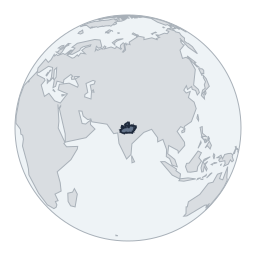 globe centered on Madhya Pradesh
{"feature_id": "IND-3261", "entity_name": "Madhya Pradesh", "entity_type": "State", "adm_level": 1, "iso_a3": "IND", "parent_name": "India", "parent_adm1": "", "projection": "orthographic", "projection_center": [78.282, 23.967], "detail": "fine", "context": "on_globe", "style": "filled", "palette": "slate", "viewbox_px": 256, "rotation_deg": 0, "n_neighbors": 0, "source": "natural_earth", "source_scale": "10m", "svg_char_len": 13879}
<svg xmlns="http://www.w3.org/2000/svg" viewBox="0 0 256 256"><circle cx="128" cy="128" r="113" fill="#eef3f6" stroke="#a8b0b8"/><path d="M164.2,21.3L167.0,22.4L172.2,24.5L168.8,23.3L180.7,28.6L186.5,32.2L178.1,27.4L175.8,26.4L178.8,28.3L177.2,27.7L177.7,28.4L175.4,27.7L170.7,25.3L169.2,24.9L171.4,26.3L170.5,26.7L167.5,24.6L165.7,25.2L157.4,22.1L151.1,18.4L144.7,17.3L133.4,15.5L132.6,15.6L127.8,15.4L125.1,15.5L123.8,15.5L122.8,15.7L124.5,15.7L124.6,15.9L123.2,16.1L121.2,15.9L121.7,15.8L120.4,15.9L120.0,15.8L119.4,15.9L117.2,15.9L117.2,16.2L113.6,16.5L112.8,16.5L115.7,16.1L116.8,15.9L124.8,15.4L132.8,15.5L140.8,16.1L148.7,17.3L156.5,19.0L164.2,21.3ZM176.4,26.4L174.5,25.5L176.9,26.6L176.4,26.4ZM178.2,28.6L179.2,29.2L179.0,29.3L178.2,28.6ZM175.4,28.5L174.8,28.8L174.6,28.0L175.4,28.5ZM115.4,16.1L112.9,16.4L115.4,16.1ZM173.9,28.7L172.4,29.7L174.6,30.8L167.6,28.6L171.1,28.2L170.6,27.1L172.2,28.1L173.9,28.7ZM125.7,15.7L123.8,15.6L126.7,15.6L125.7,15.7ZM127.5,15.6L136.3,15.8L138.4,16.2L135.0,15.9L138.8,16.6L135.5,16.6L132.7,16.3L132.0,16.0L131.3,16.3L127.5,15.6ZM163.9,27.4L162.9,27.4L163.1,26.9L163.9,27.4ZM124.9,16.0L126.5,15.9L128.4,16.2L125.6,16.4L125.9,16.2L124.9,16.0ZM141.4,16.8L142.4,17.2L140.0,17.3L140.0,17.5L135.6,16.7L141.4,16.8ZM124.7,16.2L124.1,16.6L121.9,16.7L123.5,16.1L124.7,16.2ZM130.1,16.2L130.9,16.4L129.6,16.3L130.1,16.2ZM113.7,17.5L115.6,17.1L116.7,17.2L113.7,17.5ZM124.1,16.7L124.8,16.7L125.5,16.8L124.7,17.0L124.1,16.7ZM134.2,16.9L133.0,17.0L135.9,17.3L134.2,17.5L131.6,17.0L132.0,17.3L131.5,17.4L130.0,16.9L134.2,16.9ZM125.8,17.5L121.9,17.2L118.2,17.7L117.1,17.6L123.2,16.8L125.8,17.5ZM128.4,17.2L126.5,17.3L126.1,17.0L127.0,16.7L128.4,17.2ZM134.0,18.0L137.3,17.7L137.7,17.8L134.0,18.0ZM124.8,17.7L125.8,17.8L124.6,17.8L124.8,17.7ZM131.3,17.9L132.4,17.7L132.9,17.9L131.3,17.9ZM126.8,18.2L125.6,18.0L126.2,17.8L126.8,18.2ZM129.0,18.1L129.4,18.4L127.2,17.8L129.4,18.0L129.0,18.1ZM131.6,18.1L132.3,18.1L131.1,18.1L131.6,18.1ZM125.2,19.4L122.3,18.7L123.6,18.1L126.3,18.8L125.2,19.4ZM16.2,115.7L19.6,97.3L21.3,92.7L23.9,85.7L37.1,71.6L37.2,74.9L44.5,78.7L45.0,80.4L41.2,85.0L44.4,96.4L48.9,93.3L54.6,100.8L60.3,103.0L67.4,93.8L58.1,89.8L59.4,84.3L69.1,83.2L77.6,87.2L78.3,85.2L75.3,79.0L79.7,76.5L74.6,76.6L74.9,79.1L71.7,79.4L71.2,77.2L72.8,76.3L70.9,74.5L63.9,79.7L63.4,82.8L57.0,81.2L55.6,86.3L53.0,87.6L54.4,79.5L56.1,77.2L56.7,67.7L54.3,69.9L53.6,79.2L52.7,77.9L49.5,81.5L51.3,77.7L52.6,67.5L48.5,66.3L38.9,72.6L37.4,71.7L38.0,68.0L45.7,59.1L48.3,62.4L51.1,59.7L54.2,54.4L54.7,56.0L56.3,54.4L57.7,55.6L63.1,53.5L65.0,54.5L70.6,50.2L72.4,50.2L68.5,52.7L66.9,55.1L72.1,58.1L74.1,57.7L77.3,54.8L78.3,56.2L80.8,53.1L85.4,53.8L81.8,50.4L85.5,47.5L90.2,46.3L90.8,44.8L83.1,46.8L80.7,48.3L79.6,50.4L72.3,54.4L69.8,54.2L75.0,48.1L72.0,47.3L77.3,43.3L94.7,39.5L100.1,40.0L101.9,46.9L98.6,48.2L96.4,46.3L95.3,50.8L96.9,49.1L97.7,50.4L101.5,48.4L102.2,49.2L104.5,45.9L105.9,46.8L104.4,48.9L111.1,47.0L114.9,48.5L116.0,47.7L116.2,46.4L120.9,49.3L121.5,48.6L120.2,47.4L120.6,45.2L123.2,42.8L124.7,43.9L124.0,44.9L124.7,49.1L122.5,52.0L123.4,52.2L125.6,50.0L124.8,44.9L125.9,43.1L126.8,45.4L126.5,44.4L127.6,43.9L130.0,44.6L129.2,42.1L138.5,36.2L144.1,37.3L143.9,39.6L151.9,37.8L157.6,39.9L156.4,38.6L159.5,37.3L157.7,36.6L157.4,35.9L164.4,33.2L167.2,33.7L168.9,31.7L168.3,31.2L166.3,30.6L167.6,28.6L174.6,30.8L175.7,31.9L179.4,32.8L181.2,35.4L184.5,38.1L184.3,40.9L186.9,43.1L188.1,43.3L192.5,46.7L197.4,53.7L188.3,47.3L179.8,38.1L182.8,41.6L180.6,40.7L180.8,42.0L183.0,44.7L184.2,45.0L180.0,50.1L182.5,58.4L186.0,57.3L189.5,59.3L195.3,69.4L193.6,85.1L198.3,89.3L199.4,92.5L197.3,95.0L195.6,90.4L192.2,89.3L191.6,86.5L187.5,89.5L186.4,85.7L183.8,90.2L186.2,93.0L190.2,91.5L188.4,97.5L194.1,102.1L196.2,108.6L191.4,121.6L184.4,126.4L184.2,128.5L180.7,126.6L177.1,131.4L184.5,142.2L184.7,145.6L178.3,153.0L178.0,150.5L168.7,145.5L167.7,153.7L174.8,159.5L177.3,166.8L172.2,165.1L169.6,158.6L166.3,156.6L166.6,149.6L162.9,139.4L157.7,141.9L157.6,137.6L151.6,129.3L143.8,132.4L131.9,143.8L131.0,154.5L126.6,159.0L119.0,143.5L117.7,132.9L113.7,133.7L107.0,124.2L91.8,121.8L90.8,118.9L87.7,119.6L83.2,116.0L82.0,111.2L78.8,110.8L82.1,123.5L85.7,124.0L90.3,120.3L90.5,124.6L95.0,129.1L86.0,137.7L65.3,142.1L65.2,133.9L59.4,108.8L60.6,106.6L60.7,106.3L60.7,105.7L58.2,109.2L57.9,104.4L58.9,121.3L58.2,128.0L65.0,142.5L63.9,143.5L66.6,146.8L77.7,146.4L77.3,149.0L70.9,159.7L57.2,171.8L60.2,182.7L61.1,191.1L55.0,194.1L58.1,200.7L55.4,201.5L56.9,204.9L56.1,207.3L53.9,208.6L47.3,204.8L44.9,201.5L38.6,193.3L28.9,174.9L28.4,168.6L27.0,162.4L22.5,146.0L23.4,139.2L22.7,135.2L20.9,134.2L20.4,129.3L19.6,128.1L15.9,123.2L16.2,115.7ZM29.5,80.5L28.4,82.4L29.5,80.5ZM84.6,96.9L91.0,99.0L91.5,91.9L94.0,92.2L93.3,89.8L91.5,91.4L90.2,85.1L94.2,84.0L95.2,81.2L93.0,80.4L86.0,83.5L87.8,92.4L84.9,94.5L84.6,96.9ZM63.8,45.4L63.0,46.9L60.8,48.4L58.4,48.0L61.6,45.8L63.8,45.4ZM62.5,48.8L68.3,43.4L70.0,43.7L68.1,44.4L68.7,45.2L65.7,46.5L61.7,52.5L59.4,54.2L56.2,52.0L58.5,51.7L59.1,50.1L62.5,48.8ZM80.1,31.7L82.6,30.1L83.1,32.8L80.6,34.0L78.1,33.4L79.5,31.7L80.1,31.7ZM108.7,17.2L109.7,17.0L110.2,17.0L109.8,17.1L108.7,17.2ZM114.5,17.3L105.2,18.4L105.8,18.1L99.6,19.6L98.8,19.4L102.8,18.5L97.6,19.6L100.9,18.7L97.2,19.7L106.2,17.5L109.0,17.0L106.2,17.6L106.9,17.6L108.0,17.5L113.2,16.9L119.5,16.1L121.1,16.3L120.7,16.7L119.4,16.9L118.7,16.6L117.5,17.1L115.6,16.9L114.5,17.3ZM113.9,25.0L113.7,23.9L110.9,26.2L109.0,25.5L108.8,25.8L106.2,25.8L102.8,26.5L102.3,26.0L101.2,26.5L99.5,26.7L97.8,27.3L96.3,26.7L94.1,27.4L94.7,26.8L91.3,28.2L93.2,26.9L91.1,27.2L90.4,28.3L86.7,25.4L83.7,25.7L80.2,26.8L83.9,24.8L89.6,22.7L95.7,21.2L98.0,21.4L99.3,20.7L100.8,20.6L99.2,21.2L102.5,20.3L103.3,20.5L108.7,20.0L113.1,18.9L115.2,18.8L113.9,19.4L116.9,19.0L115.8,20.0L117.3,20.1L117.7,21.3L114.3,22.6L116.2,22.6L116.6,23.7L113.9,25.0ZM125.2,19.7L121.6,21.1L118.7,21.4L119.2,19.2L118.1,19.0L118.3,17.9L122.4,17.5L122.0,17.8L122.5,18.0L121.0,18.0L122.6,18.2L122.0,18.7L123.1,19.1L121.7,19.4L125.2,19.7ZM47.2,79.3L47.9,80.1L49.3,80.8L47.3,83.2L47.2,79.3ZM48.0,72.3L48.9,72.5L46.7,75.9L46.0,75.2L48.0,72.3ZM51.2,69.8L49.1,72.2L49.8,70.5L51.2,69.8ZM69.5,52.8L70.7,53.0L70.1,53.7L68.6,54.5L69.5,52.8ZM105.5,32.8L105.8,31.9L106.6,31.7L109.3,29.8L110.9,30.4L110.0,31.8L105.5,32.8ZM64.8,94.8L62.1,96.1L61.7,94.8L62.7,94.6L64.8,94.8ZM53.5,89.5L55.2,92.0L52.9,90.1L53.5,89.5ZM107.8,33.1L108.7,32.2L108.9,33.1L107.8,33.1ZM112.3,30.8L112.9,31.6L111.4,30.3L112.3,30.8ZM115.9,235.1L117.9,235.8L115.9,235.7L115.9,235.1ZM77.3,194.1L75.1,206.9L70.6,205.8L68.1,201.4L67.8,193.2L72.6,192.1L74.4,188.6L77.3,194.1ZM200.4,179.3L202.9,179.0L202.8,179.5L200.4,179.3ZM197.8,178.4L200.8,177.8L197.2,179.5L197.8,178.4ZM202.0,177.6L205.0,175.8L206.3,174.7L206.0,175.8L202.0,177.6ZM195.7,178.9L183.8,181.2L178.9,180.7L180.2,178.8L188.1,177.9L195.7,178.9ZM179.8,178.9L172.2,175.1L160.8,161.7L164.9,161.6L176.6,169.1L175.9,170.7L180.5,173.9L179.8,178.9ZM197.8,166.6L197.0,171.2L190.5,172.2L187.5,172.0L185.5,166.6L186.6,163.4L189.1,163.1L198.1,151.0L201.4,152.7L198.8,157.7L201.5,161.1L197.8,166.6ZM131.6,155.5L134.6,161.8L132.0,162.8L131.6,155.5ZM201.2,142.9L198.0,148.3L200.8,141.4L201.2,142.9ZM202.6,136.7L203.1,139.0L201.4,137.1L202.6,136.7ZM184.6,131.8L182.0,132.8L181.7,131.1L184.9,128.9L184.6,131.8ZM197.7,114.2L198.7,119.0L198.5,120.8L196.9,118.1L197.7,114.2ZM123.3,38.7L117.7,40.6L114.7,42.7L114.8,45.0L112.3,42.7L116.8,39.4L123.3,38.7ZM136.5,36.3L136.4,34.6L138.0,35.0L138.3,35.5L136.5,36.3ZM135.3,35.5L132.2,34.0L133.2,32.9L135.5,34.2L135.3,35.5ZM119.8,33.0L118.0,33.5L117.9,32.7L119.8,33.0ZM205.5,209.7L206.3,209.0L206.8,208.5L205.5,209.7ZM210.4,204.8L209.1,206.1L209.7,205.5L207.8,207.4L206.6,208.1L208.4,205.1L206.5,206.9L209.5,203.4L206.1,206.9L206.6,205.0L204.8,205.2L186.9,215.9L183.7,216.2L186.0,213.6L186.1,206.9L187.3,206.8L188.4,201.8L199.8,194.4L208.4,183.3L213.0,182.2L217.5,174.2L221.7,172.7L219.5,178.6L222.7,179.8L227.7,166.6L226.8,177.6L227.3,180.0L224.1,186.7L219.9,193.2L210.4,204.8ZM237.9,152.5L238.1,151.6L238.1,151.9L237.9,152.5ZM206.6,178.0L210.4,173.6L212.2,172.7L206.6,178.0ZM238.0,151.5L237.8,152.0L237.9,151.3L238.0,151.5ZM238.3,149.9L238.4,149.0L238.2,150.8L238.3,149.9ZM238.1,148.9L238.2,149.9L238.0,149.2L238.1,148.9ZM237.8,149.6L237.5,149.4L237.6,149.1L237.8,149.6ZM232.2,156.6L233.5,160.5L232.0,161.8L230.4,159.8L228.2,164.2L223.8,166.1L225.1,163.5L224.8,160.7L219.7,161.8L218.7,160.1L220.7,157.9L217.0,157.7L221.0,155.2L222.5,158.8L224.7,154.5L228.0,153.6L230.9,153.3L232.8,154.9L232.2,156.6ZM220.7,164.6L221.3,164.3L220.6,165.8L220.7,164.6ZM237.0,148.1L237.4,149.4L237.2,150.0L237.0,148.1ZM233.3,153.8L235.6,148.6L236.0,148.3L234.5,153.4L233.3,153.8ZM235.2,146.8L236.1,146.4L236.4,148.0L236.2,148.7L235.2,146.8ZM212.5,163.8L212.3,165.0L211.2,164.4L212.5,163.8ZM214.0,162.6L217.2,162.7L213.7,163.7L214.0,162.6ZM203.2,161.6L204.3,164.2L207.7,161.4L205.1,164.7L207.2,168.7L206.4,170.7L204.3,166.3L203.2,171.7L201.7,172.0L201.0,167.8L202.7,162.0L204.2,159.3L210.3,156.7L203.2,161.6ZM214.0,159.1L213.1,156.1L213.8,153.7L214.8,155.1L214.0,159.1ZM210.1,149.0L207.4,145.8L205.1,148.0L209.4,141.2L211.4,145.3L210.1,149.0ZM207.3,141.1L205.3,143.0L207.2,139.2L207.3,141.1ZM204.6,141.9L204.0,139.2L205.8,139.1L204.6,141.9ZM208.5,140.9L208.3,136.2L209.5,138.6L208.5,140.9ZM202.5,133.3L206.8,136.8L201.7,136.2L200.1,127.4L202.2,126.6L202.5,133.3ZM205.4,94.6L204.1,92.3L205.6,91.2L206.1,93.1L205.4,94.6ZM209.3,86.3L205.6,90.2L202.4,93.6L204.0,94.4L204.5,98.9L201.3,95.5L202.6,90.1L205.2,88.3L204.3,84.7L205.5,81.7L203.3,77.6L203.4,75.5L206.2,78.7L209.3,86.3ZM202.2,75.9L198.7,68.7L202.1,68.8L203.7,70.3L203.8,73.6L202.0,73.3L202.2,75.9ZM198.9,67.1L197.1,66.9L188.2,57.7L187.2,55.9L195.7,62.4L194.5,62.6L196.1,65.0L198.9,67.1ZM163.9,27.9L163.0,27.4L164.2,27.7L163.9,27.9ZM156.4,35.6L156.1,34.8L157.6,35.0L156.4,35.6ZM156.2,32.6L154.7,32.9L155.6,32.1L156.2,32.6ZM151.5,33.8L153.8,32.8L152.5,34.5L151.5,33.8Z" fill="#d9dde1" stroke="#a8b0b8" stroke-width="1"/><path d="M128.1,122.3L128.5,122.5L128.8,122.4L128.8,122.5L129.0,122.6L129.2,122.8L129.3,123.1L129.3,123.3L129.2,123.5L129.2,123.8L128.9,124.3L128.8,124.5L128.5,124.8L128.2,124.9L128.1,125.1L127.9,125.2L128.2,125.6L128.1,126.0L127.8,126.2L127.9,126.4L128.0,126.7L127.9,126.9L128.0,127.0L128.1,127.3L128.3,127.3L128.3,127.1L128.7,127.4L128.8,127.4L128.9,127.5L129.2,127.1L129.1,126.9L129.1,126.7L128.8,126.7L128.8,126.3L128.7,126.1L128.6,125.8L128.5,125.6L128.4,125.4L128.5,125.2L128.8,125.3L128.8,125.1L128.9,124.9L128.9,125.1L129.0,125.1L129.1,124.9L129.1,125.0L129.2,125.4L129.0,125.5L129.3,125.4L129.4,125.5L129.5,125.6L129.8,125.6L129.7,125.4L129.8,125.2L129.9,125.3L129.8,125.5L129.9,125.4L130.1,125.4L129.9,125.7L129.9,125.8L130.0,125.8L130.0,125.7L130.1,125.8L130.3,125.6L130.6,125.6L130.8,125.6L130.9,125.4L131.2,125.2L131.3,125.3L131.4,125.1L131.5,125.1L131.6,125.4L131.8,125.5L131.6,125.8L131.8,125.9L132.0,125.8L131.9,125.8L131.9,125.7L132.0,125.7L132.2,125.8L132.3,125.8L132.3,125.7L132.2,125.6L132.4,125.6L132.5,125.5L132.4,126.0L132.5,126.0L132.9,126.0L133.0,126.1L133.2,125.9L133.3,125.7L133.5,125.6L133.8,125.5L134.1,125.8L134.3,125.8L134.4,126.0L134.5,126.1L134.8,126.3L135.0,126.2L135.0,126.3L135.2,126.5L135.4,126.6L135.4,126.4L135.7,126.5L135.9,126.4L135.9,126.5L136.0,126.5L136.0,127.0L136.0,127.4L135.9,127.5L136.0,127.6L136.1,127.8L135.9,128.0L135.6,128.3L134.8,128.2L134.7,128.2L134.3,128.3L134.1,128.1L134.1,128.4L134.1,128.6L134.0,128.9L134.3,128.8L134.6,128.8L134.8,129.1L135.0,129.2L135.0,129.5L134.8,129.6L134.6,129.7L134.6,129.9L134.3,130.1L134.3,130.5L134.1,130.6L133.9,130.8L133.7,130.9L133.4,130.9L133.2,130.9L133.2,131.0L133.0,131.4L133.0,131.6L132.9,131.6L133.0,131.7L132.9,131.7L132.7,131.9L132.6,132.2L132.6,132.3L132.5,132.9L132.4,133.1L132.0,133.0L131.9,133.0L131.9,132.9L131.7,132.7L131.2,132.7L130.9,132.8L130.8,132.7L130.7,132.7L130.3,132.8L130.3,132.6L130.2,132.5L129.8,132.4L129.7,132.4L129.7,132.5L129.2,132.7L129.2,132.8L128.9,132.9L128.6,132.9L128.4,132.8L128.2,132.6L127.8,132.7L127.6,132.9L127.3,133.0L127.1,133.0L126.9,133.1L126.7,133.1L126.4,132.8L126.7,132.8L126.7,132.4L126.3,132.3L126.1,132.4L125.9,132.4L125.7,132.5L125.3,132.6L125.2,132.9L125.1,133.0L125.0,133.3L124.7,133.5L124.3,133.7L124.1,133.6L124.1,133.4L124.0,133.1L123.6,133.0L122.9,133.1L122.4,133.0L122.2,132.9L122.1,132.7L121.8,132.5L121.5,132.5L121.1,132.3L121.1,132.2L121.1,131.9L120.9,131.7L120.7,131.9L120.4,131.9L120.5,131.6L120.3,131.3L120.3,131.1L120.5,131.1L120.6,130.9L120.4,130.9L120.3,130.7L120.5,130.8L120.7,130.6L120.9,130.5L121.1,130.2L120.9,130.0L120.8,129.7L121.0,129.7L121.6,129.5L121.5,129.4L121.2,129.3L121.2,129.2L121.3,129.1L121.8,128.8L122.0,128.5L121.9,128.1L122.1,127.8L121.9,127.6L121.9,127.4L121.6,127.3L121.7,127.2L121.9,127.0L121.8,126.9L121.6,126.9L121.8,126.5L121.7,126.4L121.8,126.3L121.9,126.6L122.1,126.5L122.1,126.3L121.8,126.3L121.8,126.0L122.1,126.2L122.3,126.1L122.3,125.9L122.7,125.8L122.7,126.0L122.8,126.1L122.7,126.2L122.5,126.3L122.9,126.5L123.3,126.4L123.5,126.4L123.6,126.5L123.7,126.9L123.6,127.0L123.5,126.9L123.4,127.1L123.5,127.2L123.6,127.3L123.5,127.6L123.4,127.9L123.2,127.9L123.0,128.0L123.3,128.3L123.4,128.2L123.5,128.1L123.9,128.0L123.9,127.9L124.1,127.6L124.1,127.3L124.2,127.2L124.3,127.2L124.3,127.3L124.7,127.4L124.8,127.5L125.0,127.4L125.1,127.5L125.3,127.6L125.5,127.6L125.4,127.3L125.4,126.8L125.5,126.8L125.8,126.9L125.7,126.6L125.4,126.4L125.3,126.2L125.5,126.2L125.4,125.9L125.5,125.9L126.1,125.7L126.3,125.8L126.4,125.7L126.4,125.4L126.3,125.2L126.2,125.1L126.0,125.3L125.9,125.3L125.6,125.4L125.3,125.3L125.2,125.2L124.9,125.0L124.9,124.9L124.8,124.5L124.9,124.4L125.1,124.1L125.3,124.1L125.6,123.8L125.7,123.7L125.8,123.7L126.0,123.5L126.3,123.3L126.5,123.3L126.5,123.2L126.8,123.1L127.0,123.0L127.2,122.9L127.3,122.8L127.3,122.7L127.5,122.6L127.7,122.4L127.8,122.5L127.8,122.4L128.0,122.4L128.1,122.3Z" fill="#64748b" stroke="#1e293b" stroke-width="1.5"/></svg>